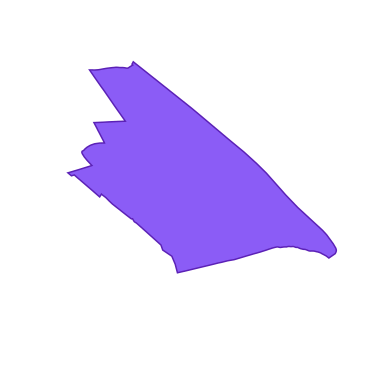 An Minh, Kiên Giang, Vietnam (Equal Earth projection), rotated 124°
{"feature_id": "81297802B42244354568951", "entity_name": "An Minh", "entity_type": "district", "adm_level": 2, "iso_a3": "VNM", "parent_name": "Vietnam", "parent_adm1": "Kiên Giang", "projection": "equal_earth", "projection_center": [104.944, 9.672], "detail": "fine", "context": "isolated", "style": "filled", "palette": "violet", "viewbox_px": 384, "rotation_deg": 124, "n_neighbors": 0, "source": "geoboundaries", "source_scale": "gbopen_adm2", "svg_char_len": 2953}
<svg xmlns="http://www.w3.org/2000/svg" viewBox="0 0 384 384"><g transform="rotate(124 192 192)"><path d="M170.2,41.6L163.0,38.8L161.0,39.1L159.5,39.8L158.2,41.3L156.0,45.9L152.2,56.4L150.8,62.3L145.7,95.8L142.1,112.5L134.8,140.8L132.3,154.1L129.8,171.2L128.2,187.8L127.5,194.6L124.3,224.4L122.8,238.7L119.5,280.3L116.9,313.5L118.4,313.3L119.2,313.3L119.7,313.1L119.8,313.0L119.8,312.8L119.9,312.1L121.2,312.7L122.9,313.5L124.0,313.9L124.5,314.1L125.1,314.5L125.5,314.8L125.9,315.5L126.6,317.2L127.6,319.1L128.4,320.2L129.4,321.8L129.7,322.4L130.6,324.0L131.3,325.0L132.4,326.3L133.6,327.8L136.9,331.6L138.1,332.9L142.1,337.0L143.2,338.2L145.0,340.5L145.9,341.8L146.3,342.5L146.9,343.4L148.1,345.2L149.8,340.9L150.3,339.6L151.1,337.6L155.3,326.7L157.2,321.5L161.5,310.5L163.6,305.2L165.7,299.7L169.9,288.6L170.6,286.9L173.4,290.7L174.7,292.5L179.3,298.7L180.8,300.7L184.0,304.9L189.3,312.1L189.9,311.0L192.3,306.5L193.3,304.8L195.1,301.4L196.8,298.3L198.2,295.7L199.9,292.6L200.3,292.0L203.0,295.8L205.3,298.4L206.6,299.8L209.7,302.1L210.9,302.8L213.7,304.1L216.2,304.8L217.7,305.0L218.5,305.2L218.9,305.5L219.3,305.7L219.7,305.9L220.0,305.8L220.3,305.7L220.7,305.5L221.1,305.1L221.5,304.5L221.7,304.2L223.2,300.8L224.5,296.4L226.0,289.8L228.2,291.5L235.8,297.6L239.6,300.7L240.4,301.4L241.2,302.0L243.7,304.1L244.8,305.0L245.5,305.6L246.0,301.0L243.7,299.1L244.2,295.3L245.9,280.6L247.1,270.7L247.7,265.8L244.4,265.9L244.5,265.3L244.8,260.3L245.8,255.4L246.5,251.1L247.8,233.5L248.2,227.2L247.4,226.3L247.8,225.6L248.8,223.5L248.9,223.1L248.9,222.7L248.9,221.9L248.9,221.6L248.8,221.2L248.8,220.8L248.9,220.1L250.3,209.6L253.3,188.1L256.5,183.8L256.5,172.8L261.2,165.6L267.1,158.9L262.5,154.6L261.9,154.0L256.1,148.7L255.0,147.7L249.1,142.3L242.9,136.6L238.9,133.0L236.1,130.5L234.0,128.4L229.1,124.0L224.5,119.2L223.4,118.3L219.0,114.7L214.6,111.1L210.3,107.5L208.9,106.4L205.7,103.6L204.8,102.9L203.9,102.1L201.1,99.9L199.1,98.3L196.3,96.2L195.2,95.3L193.5,94.0L191.9,92.6L190.3,91.1L189.8,90.5L189.6,90.3L189.5,90.1L189.5,89.9L189.4,89.7L189.1,88.9L188.7,87.9L188.5,87.6L188.3,87.3L188.1,87.2L187.6,86.7L187.2,86.2L186.7,85.7L186.3,85.2L185.8,84.6L185.1,83.6L184.7,83.0L184.5,82.7L184.1,82.5L183.7,82.1L183.2,81.6L183.0,81.2L182.6,80.7L182.4,80.1L181.8,79.2L181.5,78.8L181.0,78.2L180.7,77.8L180.5,77.4L180.3,77.0L180.2,76.5L180.1,76.1L180.0,75.6L179.9,75.2L179.8,74.9L179.6,74.6L179.3,74.1L179.0,73.7L178.9,73.5L178.8,73.2L178.7,72.6L178.6,72.0L178.6,71.5L178.4,71.0L178.2,70.1L177.9,69.3L177.6,68.6L177.5,68.3L177.4,67.9L177.2,67.6L176.9,67.1L176.5,66.4L176.2,65.7L176.0,65.0L175.7,63.5L175.5,62.6L175.3,61.9L175.1,61.5L174.8,61.0L174.6,60.6L174.5,60.4L174.2,60.1L173.8,59.6L173.5,59.0L173.1,58.5L172.9,58.0L172.6,57.5L172.4,56.9L171.9,55.5L171.2,53.8L171.0,53.0L170.8,52.3L170.7,51.8L170.6,51.2L170.5,50.6L170.5,49.5L170.3,48.3L170.2,47.3L170.1,46.3L170.0,45.3L170.0,44.5L170.2,41.6Z" fill="#8b5cf6" stroke="#5b21b6" stroke-width="1.5"/></g></svg>